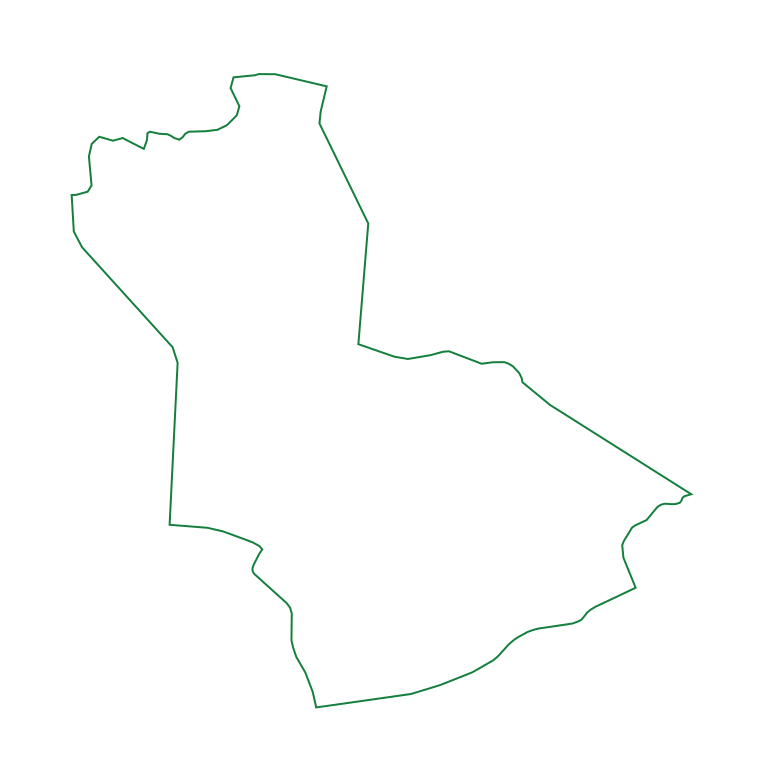 outline of Fromager, rotated 266°
{"feature_id": "CIV-3445", "entity_name": "Fromager", "entity_type": "Region", "adm_level": 1, "iso_a3": "CIV", "parent_name": "Ivory Coast", "parent_adm1": "", "projection": "natural_earth1", "projection_center": [-5.843, 6.159], "detail": "fine", "context": "isolated", "style": "outline", "palette": "green", "viewbox_px": 768, "rotation_deg": 266, "n_neighbors": 0, "source": "natural_earth", "source_scale": "10m", "svg_char_len": 1571}
<svg xmlns="http://www.w3.org/2000/svg" viewBox="0 0 768 768"><g transform="rotate(266 384 384)"><path d="M557.8,85.2L593.4,85.6L594.3,85.6L594.1,89.8L596.5,101.8L602.5,106.1L631.7,105.5L643.9,109.2L650.5,117.2L645.6,130.7L647.6,140.5L642.2,149.3L635.3,160.8L644.0,164.6L650.7,165.5L652.0,168.1L649.3,177.3L648.3,185.3L646.8,188.2L644.0,192.0L642.0,196.8L644.2,200.3L647.6,203.3L649.3,207.0L648.6,223.7L649.2,235.6L653.2,245.4L662.3,255.9L671.2,259.1L689.9,251.6L700.4,255.3L701.0,276.9L701.9,280.8L700.6,297.2L684.9,347.6L660.1,339.8L648.4,337.8L545.2,379.5L425.5,361.2L410.5,396.3L407.3,409.6L409.5,432.2L412.1,445.4L412.1,451.1L397.4,482.8L398.1,494.0L397.4,505.6L395.5,509.8L392.5,514.0L385.2,519.8L380.3,521.7L376.0,522.3L351.5,548.2L252.6,682.8L251.1,675.9L249.7,673.9L246.9,672.6L244.8,670.6L243.9,666.5L244.0,662.8L245.0,655.9L244.5,652.8L243.4,650.0L241.7,647.6L230.0,636.5L225.5,624.9L223.4,621.4L210.6,612.3L206.6,610.4L194.1,610.7L163.2,620.8L147.1,579.6L144.3,574.1L141.7,570.5L139.5,568.7L135.3,564.8L133.5,560.9L131.9,555.1L129.2,520.3L128.2,515.4L126.6,509.9L122.4,500.7L119.8,496.0L115.5,490.2L108.5,483.0L108.5,482.9L108.4,482.8L107.2,481.7L104.0,478.2L100.7,473.6L90.2,451.9L79.7,418.8L72.9,389.4L66.1,293.8L81.9,291.4L101.6,285.4L117.8,277.5L127.1,275.0L134.7,273.8L161.6,276.0L167.4,274.7L172.2,271.6L203.4,241.5L205.7,240.1L208.2,239.8L210.9,240.5L213.5,241.8L223.4,247.8L227.5,251.0L231.0,248.4L235.3,241.8L248.2,213.1L252.9,197.7L258.5,160.3L419.5,179.6L435.4,175.7L541.5,92.3L557.8,85.2Z" fill="none" stroke="#15803d" stroke-width="2"/></g></svg>